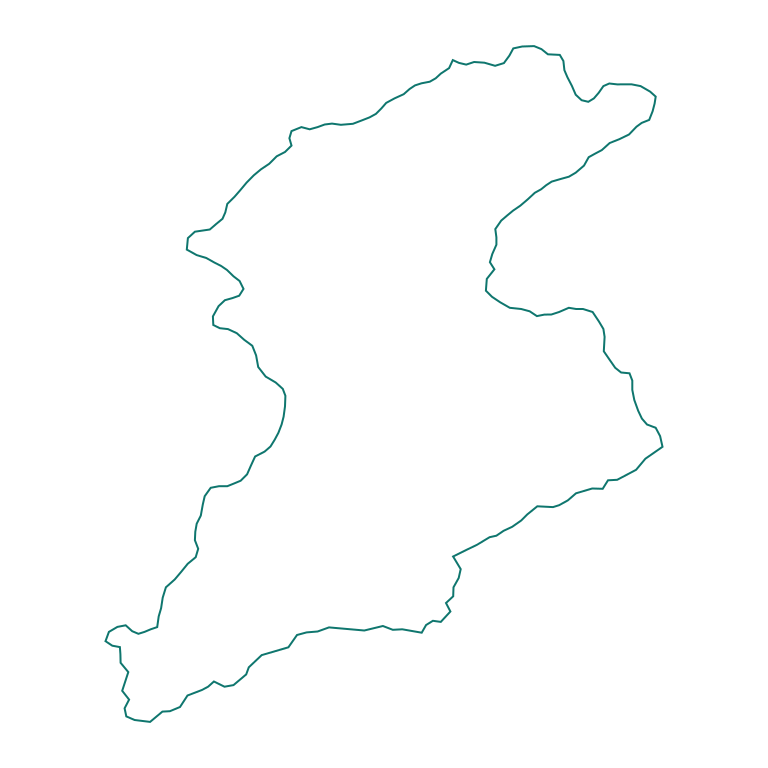 Delfim Moreira, Minas Gerais, Brazil (Mercator projection)
{"feature_id": "56859067B30477670707937", "entity_name": "Delfim Moreira", "entity_type": "district", "adm_level": 2, "iso_a3": "BRA", "parent_name": "Brazil", "parent_adm1": "Minas Gerais", "projection": "mercator", "projection_center": [-45.288, -22.512], "detail": "fine", "context": "isolated", "style": "outline", "palette": "teal", "viewbox_px": 768, "rotation_deg": 0, "n_neighbors": 0, "source": "geoboundaries", "source_scale": "gbopen_adm2", "svg_char_len": 3221}
<svg xmlns="http://www.w3.org/2000/svg" viewBox="0 0 768 768"><path d="M649.2,119.9L652.6,111.3L654.6,103.6L655.7,96.6L650.1,91.6L640.6,86.1L631.4,84.3L624.8,84.3L617.3,84.4L609.3,83.5L603.4,86.1L598.7,92.8L593.9,98.4L588.3,101.8L581.6,100.2L575.7,94.7L571.9,85.9L567.4,77.2L564.4,70.2L563.4,61.0L559.8,54.9L547.9,54.3L541.4,49.1L534.1,46.1L522.2,46.5L513.3,48.4L509.4,55.6L503.9,63.1L495.1,65.8L484.4,62.7L474.1,62.0L466.2,64.6L459.0,62.9L452.8,60.1L449.1,68.1L440.8,73.6L435.7,78.3L429.8,81.7L421.5,83.3L415.0,85.4L409.6,89.0L403.7,94.2L394.5,98.4L386.2,102.9L381.4,108.4L375.9,113.9L369.5,117.4L362.1,120.3L352.9,123.8L340.9,124.8L332.0,123.6L324.7,124.5L317.6,127.1L309.7,129.3L301.4,127.1L291.5,131.1L289.4,138.2L291.5,145.6L285.0,152.0L276.7,156.3L269.2,163.8L261.0,169.3L253.8,175.3L246.6,182.6L240.0,190.5L234.5,196.8L227.3,203.9L225.3,212.4L222.5,218.8L216.3,223.9L209.8,229.5L201.6,230.7L194.9,231.7L187.9,238.1L186.8,249.6L196.7,255.1L206.3,258.0L214.3,262.5L221.0,265.9L226.9,269.9L233.5,276.3L239.6,281.0L243.5,288.9L239.2,295.7L232.4,298.1L224.9,300.2L218.6,306.1L212.9,316.4L213.3,325.0L219.8,328.2L228.0,329.1L236.8,333.2L244.2,339.8L252.3,345.8L256.1,355.4L258.2,367.0L265.7,376.6L275.7,382.5L282.8,388.9L285.4,395.8L285.0,406.4L283.6,416.7L281.6,424.5L278.4,432.8L274.7,439.7L270.5,446.5L264.6,451.6L255.1,456.5L250.7,466.1L247.1,474.3L240.7,480.7L234.5,483.3L227.3,486.2L219.0,486.2L210.7,487.8L204.7,496.2L202.8,504.5L200.8,515.6L196.7,523.7L195.3,531.7L194.9,540.2L198.2,548.8L195.7,557.2L187.7,563.8L181.3,571.7L174.7,579.5L165.9,587.3L162.7,597.7L161.1,608.2L158.7,616.4L157.2,627.1L150.7,629.3L144.5,631.9L138.4,633.8L132.2,631.2L125.7,625.3L117.4,626.9L108.9,631.9L105.5,641.2L112.3,645.7L119.9,647.1L120.4,654.2L120.6,662.8L128.3,672.1L122.2,690.8L129.1,699.6L124.6,708.3L126.3,716.4L134.6,720.0L150.1,721.9L162.4,711.6L169.9,711.2L180.0,707.0L187.5,695.5L201.9,690.0L208.1,686.7L213.9,681.5L224.5,686.7L233.5,685.1L246.2,674.4L248.8,667.3L261.7,655.1L288.4,647.3L297.0,635.0L306.6,632.4L317.6,631.5L329.0,627.4L364.3,630.5L382.9,626.0L392.8,629.8L402.3,629.3L421.7,632.7L426.1,625.0L432.9,620.8L440.8,621.9L450.4,611.5L446.0,603.0L453.2,596.3L453.5,587.3L458.7,578.0L460.7,569.1L453.1,556.5L466.6,549.8L476.8,544.9L489.6,537.2L496.4,535.7L503.6,530.8L512.2,526.8L521.2,520.5L527.3,514.4L537.3,506.3L553.0,507.1L559.1,505.2L567.8,500.4L576.0,493.3L592.2,488.5L602.7,488.8L608.0,480.3L617.2,479.8L636.1,469.8L645.4,458.7L662.5,446.8L660.1,436.1L655.7,427.8L647.0,424.5L641.9,418.6L638.2,410.8L634.3,400.0L632.3,389.9L632.3,380.6L629.5,373.3L621.1,372.5L615.2,367.8L609.7,359.9L603.8,351.3L604.6,336.9L603.4,329.0L599.0,321.6L592.6,312.0L583.0,309.0L576.1,309.0L568.8,307.8L559.1,312.0L551.4,314.5L544.4,314.6L536.9,316.1L529.7,311.3L521.2,309.0L509.8,307.8L500.2,302.3L492.0,296.8L485.9,290.7L486.8,278.9L494.4,269.3L489.9,262.2L492.3,254.0L496.4,244.7L496.4,237.3L495.3,229.1L501.2,220.6L507.4,215.3L513.1,210.6L520.4,205.6L528.0,199.1L534.8,192.8L541.1,189.3L546.2,185.2L551.7,181.6L560.6,179.0L568.9,176.7L575.7,172.7L584.0,165.6L588.7,157.2L595.0,153.7L601.8,150.1L609.7,143.0L619.3,139.2L629.0,134.5L636.5,126.7L641.7,122.9L649.2,119.9Z" fill="none" stroke="#0f766e" stroke-width="2"/></svg>